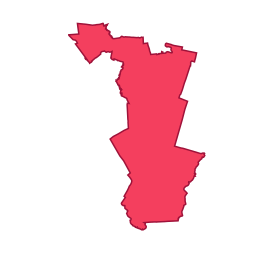 Corbu, Olt, Romania (orthographic projection), rotated 15°
{"feature_id": "2599482B79364764988142", "entity_name": "Corbu", "entity_type": "district", "adm_level": 2, "iso_a3": "ROU", "parent_name": "Romania", "parent_adm1": "Olt", "projection": "orthographic", "projection_center": [24.699, 44.468], "detail": "fine", "context": "isolated", "style": "filled", "palette": "rose", "viewbox_px": 256, "rotation_deg": 15, "n_neighbors": 0, "source": "geoboundaries", "source_scale": "gbopen_adm2", "svg_char_len": 5651}
<svg xmlns="http://www.w3.org/2000/svg" viewBox="0 0 256 256"><g transform="rotate(15 128 128)"><path d="M190.4,207.9L200.4,204.7L200.4,204.3L200.2,204.1L200.2,203.7L200.1,203.1L200.3,203.0L200.3,202.8L200.0,202.7L200.0,202.1L200.1,201.8L200.3,201.7L200.2,201.4L200.3,201.3L200.5,201.2L200.5,200.9L200.8,200.6L201.0,200.6L201.2,200.3L201.4,200.0L201.5,199.7L202.1,199.5L203.3,198.8L203.3,198.1L202.9,197.8L201.9,195.7L201.6,194.7L201.7,193.9L201.9,192.6L202.2,189.1L201.9,188.3L203.1,187.2L203.5,186.7L203.3,186.0L202.3,184.3L201.7,182.7L201.6,181.9L200.8,180.0L200.8,178.9L201.5,176.8L202.0,175.7L200.5,174.7L198.7,173.7L198.0,173.1L197.8,172.9L197.7,171.9L197.8,171.4L198.3,170.4L198.5,170.2L198.6,169.6L200.3,168.4L200.9,167.7L201.2,166.9L201.4,165.7L200.7,165.0L200.6,164.3L201.9,164.1L202.3,163.8L203.1,162.2L203.5,161.9L203.7,161.6L204.3,159.5L204.4,157.6L205.3,157.2L204.6,156.7L204.9,156.3L205.3,155.3L205.2,154.7L204.8,154.5L204.4,155.3L203.9,154.6L204.3,154.0L203.7,153.0L203.8,151.8L203.5,151.2L203.5,150.5L203.4,149.9L203.8,149.1L204.0,147.7L204.5,147.2L205.4,145.0L205.4,144.3L204.6,142.9L204.8,142.6L205.0,142.1L205.3,141.7L205.4,141.3L206.3,139.7L207.2,138.6L207.3,137.9L207.2,137.0L207.8,136.7L208.4,136.8L208.7,136.5L209.3,134.7L208.3,133.7L208.6,132.8L208.2,132.5L206.4,133.0L205.5,133.7L204.6,133.9L186.4,133.4L184.1,133.6L177.7,133.5L178.2,105.8L178.1,95.3L178.6,86.8L169.4,85.7L169.5,83.1L169.6,82.5L170.1,81.9L170.6,76.8L170.8,70.0L171.2,66.0L171.9,52.1L172.3,51.9L171.9,49.4L171.6,49.0L171.6,48.0L172.1,47.0L172.3,46.8L175.1,46.9L175.0,44.6L175.1,43.8L174.8,37.7L159.7,38.6L159.6,35.7L151.4,36.4L149.3,36.4L148.3,36.2L143.1,36.2L142.5,37.0L142.5,37.3L142.6,38.5L142.9,39.0L144.4,39.6L144.9,39.5L145.8,39.0L148.2,39.0L148.6,39.1L149.2,39.7L149.1,40.6L149.3,41.4L149.7,41.9L150.8,42.8L151.1,43.3L151.1,43.8L150.3,44.2L146.7,44.0L145.4,44.7L145.0,45.9L141.5,47.1L141.6,46.4L141.9,45.7L140.8,45.5L141.1,47.3L138.6,48.2L138.8,48.7L136.8,49.6L136.5,49.0L130.9,51.1L130.2,49.6L129.1,48.2L128.0,46.0L125.8,42.8L124.9,40.9L121.0,42.5L119.1,36.5L118.7,36.7L117.6,36.7L116.8,37.4L115.7,38.0L114.6,37.8L113.3,38.4L109.3,39.1L108.5,39.4L105.7,39.8L103.1,40.4L102.1,40.5L101.4,40.8L100.6,41.3L98.3,41.0L97.9,41.3L97.2,42.5L96.6,43.1L91.2,45.4L90.2,45.5L90.0,45.2L89.5,45.2L89.3,44.3L89.0,44.3L88.5,44.5L88.2,43.9L88.1,43.4L87.3,43.6L86.6,42.9L86.4,42.9L86.3,42.3L85.6,42.3L85.3,42.1L85.3,41.6L85.6,41.2L85.5,40.8L85.8,40.5L85.8,40.2L85.6,39.9L85.5,39.6L84.9,39.7L84.8,39.4L84.4,39.1L83.4,39.0L83.0,39.2L82.6,38.6L82.4,38.6L82.4,38.9L82.2,39.0L81.7,38.2L80.7,38.1L80.7,37.8L81.1,37.6L81.1,37.4L80.8,36.5L80.3,36.1L80.8,35.5L80.6,34.8L81.3,34.1L81.2,33.5L81.3,33.2L79.1,34.7L78.4,35.7L77.7,34.9L77.1,33.7L76.9,33.4L76.7,33.4L73.7,35.3L70.4,36.5L69.7,37.0L68.8,37.2L67.2,37.9L60.5,38.7L52.1,40.1L55.1,47.4L55.6,48.5L56.1,50.0L46.7,53.3L46.9,53.8L52.1,56.9L54.5,56.8L55.6,57.4L57.2,59.1L55.5,60.4L70.2,72.1L68.9,72.1L69.4,72.6L70.4,72.7L74.1,75.0L74.2,75.3L75.6,73.8L76.0,73.0L76.0,72.8L75.7,72.7L75.8,72.6L77.9,69.5L78.6,68.5L79.0,68.4L80.2,66.9L82.3,63.9L82.5,63.6L82.1,62.6L82.6,61.3L82.9,61.0L84.6,60.2L85.4,59.7L85.9,60.0L87.3,60.5L89.1,59.3L90.6,59.5L91.6,59.1L92.7,58.2L93.0,60.0L93.0,61.2L93.3,64.8L93.9,64.9L94.0,65.3L94.9,65.9L96.8,66.1L96.6,64.9L97.0,64.8L98.7,65.1L99.5,65.0L100.5,65.6L101.4,65.3L103.3,65.6L105.7,65.5L106.0,65.5L106.4,65.9L106.5,66.9L106.9,67.0L107.1,67.2L107.3,68.4L106.7,68.5L107.0,69.1L106.6,69.3L106.7,69.9L106.2,69.9L105.9,70.7L106.6,70.9L107.0,70.8L107.4,70.9L107.5,71.1L107.7,72.1L107.3,72.4L107.1,73.2L106.8,73.3L106.3,73.8L106.2,74.1L106.4,75.3L106.0,75.7L106.0,76.0L106.1,76.4L106.3,76.6L106.2,76.9L106.3,77.1L106.2,77.3L106.2,77.7L106.5,77.9L106.4,78.3L105.8,78.5L105.9,79.1L105.7,79.5L105.9,79.8L106.5,79.8L106.4,81.0L106.6,81.8L106.0,81.9L106.4,83.1L106.2,83.3L105.6,83.1L105.2,83.4L105.0,83.7L105.2,84.4L105.1,84.6L104.8,84.6L104.4,84.9L104.1,84.9L104.3,85.4L104.3,86.1L105.3,86.5L105.6,87.3L106.4,87.6L106.8,88.6L107.4,88.9L107.6,89.3L107.9,89.3L108.2,89.0L108.6,89.0L109.0,89.8L108.7,90.0L108.7,90.3L109.6,90.7L110.0,91.2L109.8,91.3L109.8,91.5L110.3,91.9L110.2,92.1L109.7,92.0L110.0,92.6L110.6,92.8L110.8,91.8L111.2,91.8L111.5,92.5L111.3,92.9L111.4,93.2L111.8,93.1L111.3,94.0L111.3,94.5L111.7,95.4L111.4,96.1L111.7,96.4L112.6,96.1L112.5,96.4L112.5,96.6L113.3,96.6L113.3,96.9L112.7,97.1L112.7,97.4L113.4,97.5L113.5,97.6L113.5,98.2L113.2,98.3L113.2,98.5L114.1,98.8L115.1,98.8L116.8,99.3L119.1,99.7L119.8,101.0L122.5,103.9L122.2,103.9L121.8,104.3L121.0,104.3L121.1,105.6L125.7,119.8L126.3,121.2L126.6,122.6L128.5,128.3L124.9,131.3L119.9,136.4L116.0,140.0L113.6,143.3L127.4,157.1L132.3,160.8L141.8,170.8L140.0,173.5L142.3,175.0L144.6,177.0L145.2,177.8L145.5,179.0L145.4,180.7L144.9,182.6L144.3,183.9L144.1,185.8L143.6,188.5L141.9,195.0L143.4,195.7L141.1,202.3L141.3,202.9L142.0,203.7L142.5,203.7L143.3,204.2L143.9,204.2L144.2,203.9L145.0,203.8L145.8,206.3L146.2,206.6L147.3,207.0L147.8,207.4L148.4,207.4L149.2,208.0L149.3,208.4L149.0,209.0L149.1,210.1L148.8,210.7L148.8,210.9L150.6,213.1L152.3,213.9L154.1,214.5L154.5,214.9L154.6,215.8L154.4,216.3L153.9,216.6L154.3,217.4L154.9,218.9L155.5,219.5L156.6,220.3L157.4,220.3L157.9,221.1L160.5,221.4L160.6,221.8L160.8,222.0L162.0,221.9L162.5,221.4L162.8,222.2L164.3,222.1L164.3,222.3L166.0,222.4L165.8,222.1L166.3,222.5L167.6,222.8L168.3,222.5L168.3,222.2L168.8,222.5L169.0,222.4L170.8,220.6L171.2,219.8L171.2,219.4L171.2,218.8L171.0,218.3L170.3,217.6L169.5,217.1L169.4,216.8L169.5,216.4L169.5,216.0L169.4,215.7L168.1,215.2L173.4,213.3L178.5,211.7L179.7,211.5L180.4,211.2L187.9,208.8L190.4,207.9Z" fill="#f43f5e" stroke="#9f1239" stroke-width="1.5"/></g></svg>